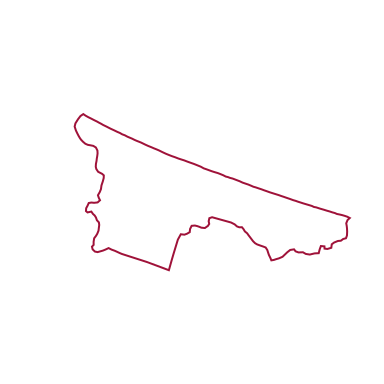 Jaguaruna, Santa Catarina, Brazil (Robinson projection), rotated 235°
{"feature_id": "56859067B4369152609379", "entity_name": "Jaguaruna", "entity_type": "district", "adm_level": 2, "iso_a3": "BRA", "parent_name": "Brazil", "parent_adm1": "Santa Catarina", "projection": "robinson", "projection_center": [-49.046, -28.668], "detail": "fine", "context": "isolated", "style": "outline", "palette": "rose", "viewbox_px": 384, "rotation_deg": 235, "n_neighbors": 0, "source": "geoboundaries", "source_scale": "gbopen_adm2", "svg_char_len": 2980}
<svg xmlns="http://www.w3.org/2000/svg" viewBox="0 0 384 384"><g transform="rotate(235 192 192)"><path d="M68.2,283.4L66.7,286.0L66.8,288.9L65.8,291.6L67.5,294.0L70.6,296.4L73.3,298.1L75.5,299.3L77.9,300.4L79.8,303.3L80.2,306.3L82.7,305.0L84.9,303.4L87.0,301.7L88.8,300.1L90.9,298.1L92.9,296.9L94.8,295.3L97.1,293.6L99.3,291.8L101.9,289.8L105.0,287.3L108.2,284.9L109.8,283.3L111.8,282.2L114.1,280.4L116.6,278.4L119.0,276.5L121.0,275.0L123.2,273.3L125.2,271.9L127.3,270.2L129.9,268.4L132.9,266.2L135.4,264.4L137.4,262.9L139.8,261.2L144.2,257.8L147.2,255.5L149.9,253.6L152.1,252.0L154.3,250.5L156.7,248.7L159.3,246.8L161.1,245.3L163.1,244.1L165.8,242.4L168.5,240.4L170.7,238.8L173.5,237.2L176.3,235.3L179.7,233.0L181.8,231.2L183.6,230.0L185.3,228.5L187.8,227.2L190.6,225.4L192.7,224.0L195.2,222.0L197.7,220.1L199.7,218.7L202.7,216.6L204.6,215.2L207.7,213.7L211.1,211.5L214.0,209.6L216.5,207.8L219.6,205.6L222.3,203.8L224.9,201.8L227.3,200.0L230.3,198.0L232.9,196.1L235.6,194.3L238.4,192.5L241.7,190.6L245.0,188.8L247.1,187.5L249.7,185.8L252.0,184.4L254.9,182.5L257.6,180.9L259.6,179.8L261.6,178.7L263.6,177.4L265.4,176.2L267.5,174.9L270.1,173.5L272.0,172.3L274.4,170.8L277.0,169.5L279.3,167.9L281.7,166.8L284.1,165.3L287.0,163.7L290.6,161.6L294.4,159.6L298.0,157.6L300.0,156.7L302.1,155.6L304.2,154.6L307.1,153.0L310.0,151.5L312.7,150.0L315.4,148.7L318.2,147.6L318.2,144.2L317.0,140.4L315.1,135.9L312.9,133.4L309.0,132.2L306.0,131.7L303.1,131.3L300.6,131.1L298.6,131.1L295.8,131.5L292.7,132.3L290.4,133.7L288.4,135.7L286.4,137.6L283.6,138.8L280.2,138.3L277.8,136.8L275.7,134.9L273.9,133.1L272.2,131.6L270.1,129.4L267.8,127.6L265.7,126.8L262.4,126.7L258.4,128.8L256.2,129.3L254.1,127.7L251.9,125.1L249.3,121.6L246.6,119.1L244.9,116.5L243.3,113.1L240.6,112.3L238.0,111.9L237.6,108.7L239.3,105.6L241.1,103.5L242.2,101.1L240.7,98.6L239.4,96.0L237.2,94.2L235.2,94.7L233.7,98.3L230.8,98.3L228.6,98.8L226.2,98.7L223.4,97.9L220.5,98.3L218.2,97.1L215.9,95.0L214.0,93.3L212.1,90.4L211.1,88.1L210.2,85.3L207.6,82.8L205.1,81.1L204.6,78.7L202.0,77.7L198.9,78.3L196.9,80.2L195.1,85.4L194.5,88.0L193.9,91.5L190.9,93.1L188.2,95.0L186.0,96.3L183.4,97.8L181.5,99.0L160.8,114.7L141.2,128.2L148.0,136.5L152.4,142.0L161.1,153.1L163.8,158.6L161.4,161.3L160.7,163.9L160.4,167.1L162.8,169.2L164.5,172.3L162.9,175.1L161.1,176.7L159.3,178.0L157.4,179.2L155.1,181.9L155.1,185.6L156.0,187.8L158.5,188.9L160.6,191.2L159.8,194.0L144.6,206.5L141.0,208.4L138.0,209.1L136.0,210.5L134.5,212.7L132.0,212.9L129.4,212.7L126.5,213.5L124.3,213.5L122.0,213.6L119.2,213.7L116.6,213.8L113.9,214.3L111.7,215.3L109.0,217.2L106.4,219.1L104.3,220.5L101.3,220.4L98.4,219.5L96.3,218.9L93.1,218.4L90.5,217.8L89.4,220.1L88.7,222.5L87.8,225.1L87.0,229.0L87.6,233.0L88.0,235.5L88.2,239.2L86.5,242.7L84.0,242.8L81.4,244.6L79.0,248.3L76.0,249.7L73.2,252.6L71.4,257.2L69.2,260.7L71.7,263.6L73.8,266.6L71.5,269.3L69.6,268.1L67.7,270.2L66.4,274.1L69.0,276.5L69.1,279.4L68.2,283.4Z" fill="none" stroke="#9f1239" stroke-width="2"/></g></svg>